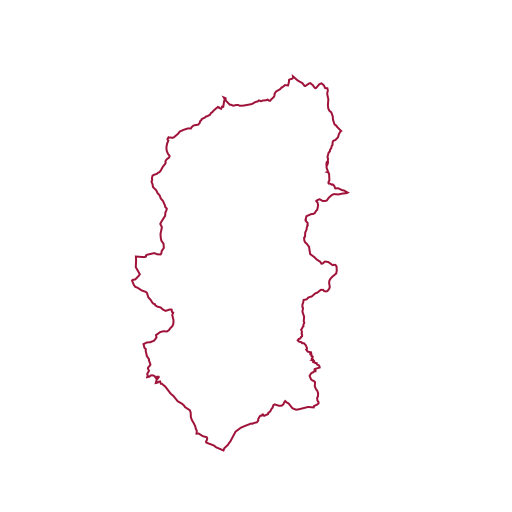 outline of Vama Buzaului, Brasov, Romania, rotated 221°
{"feature_id": "2599482B50417013546573", "entity_name": "Vama Buzaului", "entity_type": "district", "adm_level": 2, "iso_a3": "ROU", "parent_name": "Romania", "parent_adm1": "Brasov", "projection": "albers", "projection_center": [25.997, 45.566], "detail": "fine", "context": "isolated", "style": "outline", "palette": "rose", "viewbox_px": 512, "rotation_deg": 221, "n_neighbors": 0, "source": "geoboundaries", "source_scale": "gbopen_adm2", "svg_char_len": 6107}
<svg xmlns="http://www.w3.org/2000/svg" viewBox="0 0 512 512"><g transform="rotate(221 256 256)"><path d="M355.9,375.3L356.0,374.0L357.6,371.6L358.3,369.2L359.2,367.4L364.3,361.1L366.9,358.7L368.4,358.3L369.6,357.4L371.9,354.4L373.8,353.9L375.1,353.0L380.9,353.5L382.5,355.1L384.3,354.5L382.2,353.7L381.8,352.2L378.6,347.1L379.6,346.5L378.9,344.2L381.0,343.6L381.6,343.9L382.6,343.4L382.5,342.9L382.9,341.6L383.4,337.7L383.3,336.0L383.8,334.6L383.4,332.4L384.4,329.6L385.2,328.7L385.4,327.0L386.8,323.6L386.4,322.7L386.6,321.0L385.8,319.6L385.8,317.2L388.3,314.2L388.8,313.2L389.1,311.0L388.8,309.5L391.1,307.6L393.3,303.9L395.2,299.9L395.0,297.0L395.9,291.5L396.6,290.3L398.0,289.6L399.2,288.3L399.9,288.2L399.5,286.1L397.7,285.4L397.0,282.8L394.9,279.2L392.4,276.8L389.3,275.3L387.0,274.9L386.5,274.4L386.2,273.0L386.7,271.1L386.8,269.6L386.4,267.9L385.3,267.0L385.0,266.1L384.9,262.3L383.9,257.8L383.9,255.8L384.6,254.4L384.7,253.0L386.4,250.1L386.8,248.8L385.7,246.6L384.1,245.1L383.7,243.6L380.6,241.9L379.1,240.5L374.3,240.1L371.3,238.8L368.7,238.6L365.5,236.9L362.3,236.5L357.6,234.3L356.6,233.4L354.5,233.3L353.6,231.8L352.9,229.3L350.9,226.7L350.0,220.3L349.3,217.4L345.9,216.0L342.5,209.9L339.5,207.0L337.5,205.5L333.9,204.6L330.9,201.7L330.4,197.8L329.2,195.9L329.0,194.6L331.5,192.6L334.7,191.4L338.9,185.7L339.4,184.2L338.7,183.4L338.9,182.8L339.9,181.6L346.3,176.8L343.6,174.0L339.4,168.7L331.7,166.0L331.5,164.3L331.7,159.8L331.9,158.8L333.2,157.4L333.5,156.2L329.2,154.0L326.8,153.5L324.8,154.3L319.6,155.0L315.7,156.6L314.1,156.6L310.2,154.2L306.4,153.7L304.1,152.9L302.2,152.7L300.5,153.3L299.6,152.7L297.2,153.1L294.2,154.6L291.3,154.5L288.2,155.3L286.1,158.9L284.6,160.2L282.7,158.7L281.3,158.9L280.5,156.5L276.1,153.4L273.9,150.6L273.1,148.3L273.3,145.3L273.1,142.7L273.7,140.6L276.5,138.5L278.4,135.7L279.6,130.7L277.7,129.3L277.4,126.5L277.5,124.8L278.8,122.6L278.9,121.9L281.6,119.2L283.1,115.7L279.9,113.5L278.0,113.4L277.1,112.1L272.6,108.8L269.1,107.9L268.0,106.8L264.7,105.0L264.3,104.6L264.2,101.0L263.9,100.3L261.4,99.1L260.9,96.1L260.4,95.3L259.5,95.0L258.6,93.2L257.3,95.0L257.0,97.0L255.1,98.5L253.9,98.8L251.4,98.2L251.5,100.0L250.2,101.0L249.9,100.8L249.7,97.3L248.3,94.4L247.3,95.8L247.6,96.0L246.2,98.4L244.0,97.2L243.3,97.8L238.6,97.9L229.9,96.1L226.5,96.2L219.8,95.0L214.7,96.0L211.9,95.9L210.5,95.4L204.7,96.2L202.5,94.9L199.5,91.7L196.9,90.2L192.5,88.7L189.8,87.4L188.1,86.1L186.1,85.3L184.3,82.9L182.8,84.4L178.0,85.1L174.3,86.9L173.1,86.3L172.3,84.8L171.9,83.0L171.0,82.6L163.3,85.4L160.8,85.4L153.0,87.9L153.8,90.1L153.3,95.1L153.7,97.8L153.6,98.8L156.2,110.0L154.8,116.4L153.1,120.0L149.8,126.3L148.6,127.1L148.0,128.6L146.2,131.1L146.3,133.2L147.4,134.5L148.0,137.7L147.6,138.8L146.9,139.2L147.2,140.5L146.9,141.0L145.0,140.7L143.2,144.5L143.8,145.6L143.3,147.9L144.0,150.9L144.0,152.4L145.0,154.7L144.6,156.2L140.3,158.1L138.4,159.9L138.0,161.9L138.8,164.6L138.8,165.7L136.8,165.6L134.7,166.1L128.6,165.0L124.9,166.3L123.1,168.4L117.7,176.2L113.1,179.6L113.8,180.8L112.4,183.9L112.1,185.8L112.9,186.7L114.9,187.3L116.4,188.6L116.8,189.1L117.1,190.6L119.1,193.2L121.2,194.4L123.7,195.0L126.1,196.2L128.7,199.5L130.0,199.7L132.1,199.0L133.7,199.1L136.9,200.7L137.4,203.4L136.9,205.4L136.4,205.9L136.5,207.5L135.5,208.1L135.8,208.5L137.1,208.6L137.0,209.4L137.3,209.5L134.8,213.6L135.3,214.1L136.6,214.7L138.8,214.2L139.6,214.4L139.9,214.9L141.2,214.0L142.3,214.3L142.5,213.8L143.2,213.4L144.0,214.2L144.0,214.7L144.9,214.3L144.6,214.8L144.9,215.2L146.3,214.7L146.7,215.2L146.5,215.9L147.0,217.1L147.7,217.3L148.4,216.9L149.2,217.7L150.4,217.4L150.9,217.8L150.4,218.7L151.3,219.4L154.3,217.7L156.7,218.3L156.5,219.0L157.2,220.0L159.9,221.3L162.6,221.6L164.1,220.4L165.1,220.8L167.3,219.6L169.2,219.7L169.3,221.4L168.5,222.8L168.9,224.3L168.6,224.9L168.6,225.7L169.6,226.9L170.6,227.2L171.5,228.9L173.6,230.0L173.6,231.0L174.2,233.1L174.1,234.1L174.9,234.8L175.9,237.5L177.1,238.0L179.8,241.7L184.4,244.4L186.3,247.5L187.7,248.0L188.0,248.7L189.1,249.7L189.7,251.6L191.0,253.6L191.2,254.2L189.7,255.9L189.3,256.8L189.3,258.7L188.7,260.1L187.4,261.9L186.8,266.3L186.5,267.3L185.7,268.4L184.9,272.9L183.1,274.5L181.9,274.2L180.5,274.7L179.4,275.8L179.1,276.7L179.3,279.4L179.9,280.9L183.2,283.7L184.3,285.3L184.8,286.9L184.9,289.8L184.0,295.4L185.4,297.9L188.3,300.9L190.2,301.4L191.6,300.3L192.0,299.5L192.7,299.3L197.4,298.9L200.2,297.2L200.5,296.4L200.7,294.2L201.6,293.1L203.8,293.8L207.8,293.2L211.4,293.4L216.4,293.0L222.0,297.7L225.5,298.5L228.2,298.6L230.1,299.7L231.8,301.5L231.6,302.2L231.8,302.9L234.3,306.1L235.0,308.7L236.7,311.5L237.1,313.2L237.6,313.2L238.6,314.8L241.4,315.1L242.2,315.6L242.0,315.9L243.2,317.3L244.0,319.2L241.9,323.7L240.3,325.4L239.8,327.3L240.2,328.8L240.2,331.2L242.3,334.9L244.4,336.6L246.6,337.0L246.4,338.4L245.2,340.6L241.6,341.3L239.5,343.4L239.0,344.3L239.3,347.9L238.8,351.6L238.2,353.1L237.6,354.0L234.1,356.6L231.5,360.1L229.0,362.7L228.4,364.0L232.4,363.2L234.5,362.1L238.5,361.0L240.5,359.0L243.1,360.3L244.2,360.4L245.2,360.3L245.4,359.6L248.0,359.0L248.7,358.4L249.3,358.7L250.0,359.8L250.2,361.2L254.8,366.0L256.2,366.5L257.2,366.1L256.8,366.8L260.6,368.9L263.6,372.1L264.2,373.3L263.9,373.7L262.6,373.0L263.0,373.9L264.4,375.1L265.4,376.7L266.7,377.3L267.5,378.5L269.1,381.9L268.8,383.3L269.8,384.8L270.0,386.8L271.1,388.8L271.1,390.0L272.8,392.1L273.2,393.3L273.1,394.1L272.2,395.4L272.0,399.4L273.4,402.4L274.0,405.7L273.8,406.2L280.1,406.7L280.9,407.2L282.2,406.8L283.4,407.0L287.2,409.3L289.8,411.8L293.4,413.8L296.1,413.8L298.3,414.8L300.6,416.9L304.2,421.7L308.2,424.7L309.1,425.7L310.4,428.1L312.2,429.4L314.0,428.1L316.7,429.3L319.8,429.3L320.9,427.2L320.9,422.2L321.3,421.6L322.4,421.5L325.2,422.2L328.4,422.1L329.1,421.1L330.3,416.7L330.9,416.2L334.4,416.9L339.6,415.8L345.9,415.8L344.9,414.9L345.1,413.3L346.4,411.4L346.6,410.5L345.5,409.3L343.7,405.8L346.3,403.9L346.8,400.6L347.3,400.0L347.2,397.9L348.8,393.1L348.4,390.7L347.2,389.0L346.9,388.0L347.3,383.3L347.1,382.5L347.9,381.8L349.8,381.7L350.5,380.2L352.8,377.9L353.8,376.1L355.9,375.3Z" fill="none" stroke="#9f1239" stroke-width="2"/></g></svg>